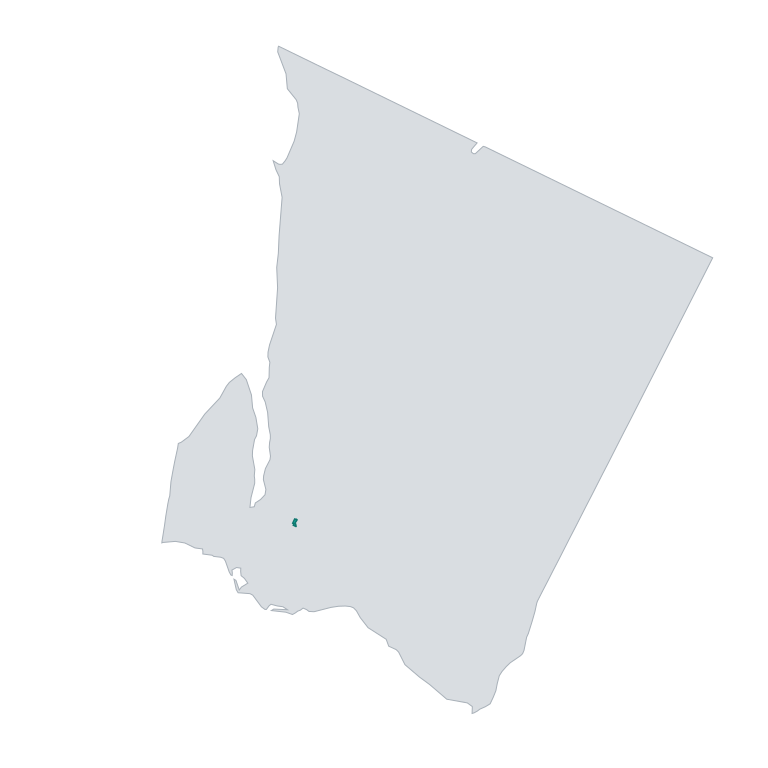 15 Mayu, Al Qahirah, Egypt shown in context, rotated 206°
{"feature_id": "37247803B58448533869188", "entity_name": "15 Mayu", "entity_type": "district", "adm_level": 2, "iso_a3": "EGY", "parent_name": "Egypt", "parent_adm1": "Al Qahirah", "projection": "equal_earth", "projection_center": [31.348, 29.853], "detail": "fine", "context": "in_parent", "style": "filled", "palette": "teal", "viewbox_px": 768, "rotation_deg": 206, "n_neighbors": 0, "source": "geoboundaries", "source_scale": "gbopen_adm2", "svg_char_len": 4025}
<svg xmlns="http://www.w3.org/2000/svg" viewBox="0 0 768 768"><g transform="rotate(206 384 384)"><path d="M626.8,641.4L613.5,641.4L600.2,641.4L586.8,641.4L573.5,641.4L560.2,641.5L546.9,641.5L533.5,641.5L520.2,641.5L506.9,641.5L493.6,641.5L480.2,641.5L466.9,641.5L453.6,641.5L440.3,641.5L426.9,641.5L413.6,641.5L406.0,641.5L407.3,636.6L408.1,633.2L407.2,630.8L404.6,630.2L402.9,631.0L399.0,641.1L396.9,641.5L392.1,641.5L376.6,641.5L361.1,641.5L345.6,641.5L330.1,641.5L314.6,641.5L299.0,641.5L283.5,641.5L268.0,641.5L252.5,641.5L237.0,641.5L221.5,641.5L206.0,641.5L190.4,641.5L174.9,641.5L159.4,641.5L143.9,641.5L144.1,629.3L144.3,617.0L144.5,604.8L144.7,592.6L144.9,580.5L145.1,568.3L145.3,556.1L145.5,544.0L145.7,531.8L145.9,519.7L146.1,507.6L146.3,495.5L146.5,483.4L146.7,471.3L146.9,459.2L147.2,447.2L147.4,435.1L147.6,423.1L147.8,411.1L148.1,399.1L148.3,387.1L148.5,375.1L148.8,363.1L149.0,351.1L149.2,339.2L149.5,327.3L149.7,315.4L149.9,303.5L150.2,291.6L150.4,279.7L150.7,267.8L150.9,256.0L150.6,253.8L148.6,245.7L146.8,235.5L144.9,223.0L144.8,218.9L141.4,206.0L141.2,202.4L142.1,199.8L148.3,188.9L150.2,183.7L151.9,177.4L152.5,172.3L150.9,164.4L149.0,157.4L148.5,150.2L148.4,143.1L151.5,138.3L155.3,133.8L156.7,131.0L158.9,127.9L160.4,126.5L163.2,132.8L169.3,133.9L189.4,128.2L211.3,133.9L223.5,136.1L242.1,140.9L253.4,149.5L256.6,150.6L264.8,150.4L270.1,155.5L291.5,158.0L302.9,163.6L309.4,168.1L313.3,169.5L316.7,169.2L321.4,167.5L327.3,164.4L333.7,160.0L347.0,148.7L351.7,146.7L354.7,147.3L358.5,147.1L360.0,144.1L362.0,142.0L363.2,139.6L365.2,136.7L372.1,135.9L385.9,131.0L384.4,133.4L371.8,138.8L377.2,139.5L382.7,137.7L389.0,136.5L390.1,134.1L390.9,129.8L392.1,129.2L396.5,130.0L409.4,136.7L412.6,136.8L421.7,133.2L423.6,132.4L426.6,134.4L433.3,142.8L431.0,142.6L423.8,135.4L423.1,139.0L419.1,145.3L424.2,148.1L428.4,149.1L430.6,152.6L432.0,155.7L436.1,154.4L439.1,150.1L437.5,147.7L436.5,145.3L437.8,145.2L440.7,147.2L448.9,155.3L451.7,157.0L454.9,156.7L461.5,154.4L463.3,154.8L472.3,151.8L473.3,154.0L474.8,156.2L482.0,153.8L493.3,153.8L502.5,151.1L513.2,144.7L514.0,143.8L514.6,145.3L515.9,149.7L519.3,160.8L522.2,169.6L525.8,181.7L527.0,186.3L527.5,189.5L532.7,202.9L535.8,213.9L538.2,222.8L541.4,235.9L542.8,240.4L540.7,242.8L536.3,251.3L531.9,278.4L525.4,299.5L524.7,312.8L523.7,317.6L520.5,324.4L516.7,331.0L509.7,327.6L498.3,316.0L491.6,304.9L484.5,297.8L477.8,288.4L475.9,281.6L476.0,277.3L473.0,266.7L470.8,261.7L462.6,250.5L460.3,244.5L458.5,241.8L456.7,238.1L453.7,223.5L450.4,214.3L446.8,216.8L447.5,220.7L444.3,226.1L442.4,232.3L443.9,237.4L450.5,245.2L451.9,248.6L453.5,256.0L453.3,266.0L454.4,269.4L459.4,276.8L461.2,281.3L462.2,285.1L463.9,288.5L468.9,295.1L476.1,307.4L482.9,315.8L487.8,319.8L489.9,323.9L490.4,334.4L490.1,339.3L494.4,348.7L496.1,353.5L500.2,357.4L502.2,361.8L504.0,369.0L506.8,390.4L510.4,395.7L521.8,423.8L531.5,441.7L536.2,455.0L543.3,471.3L557.4,507.1L565.7,518.2L569.0,524.4L575.0,529.2L581.5,536.1L575.3,535.4L573.8,535.8L571.7,537.0L570.7,541.2L570.3,544.7L571.2,562.9L573.0,572.2L578.6,589.8L582.7,595.1L584.7,598.5L587.5,601.0L600.3,607.0L608.0,619.8L625.1,635.9L626.8,640.4L626.8,641.4Z" fill="#d9dde1" stroke="#a8b0b8" stroke-width="1"/><path d="M403.7,224.0L403.7,223.5L403.9,223.5L404.1,223.5L404.3,223.5L404.5,223.5L404.9,223.5L405.1,223.5L405.1,221.4L405.0,218.8L404.8,218.8L404.6,218.8L404.4,218.8L404.2,218.8L403.8,218.8L403.6,218.8L403.6,217.3L402.4,217.3L402.0,217.3L401.7,217.3L401.4,217.3L401.2,217.3L400.9,217.3L400.7,217.3L400.6,217.5L400.8,217.7L400.9,217.8L401.0,217.9L401.0,218.0L401.1,218.3L401.3,218.4L401.4,218.5L401.5,218.6L401.6,218.8L401.7,219.0L401.8,219.0L401.9,219.3L402.0,219.3L402.2,219.5L402.3,219.5L402.5,219.6L402.7,219.8L402.8,219.8L403.0,220.0L403.1,220.3L403.1,220.5L403.0,220.8L402.9,220.9L402.9,221.0L402.9,221.3L402.9,221.6L402.8,221.8L402.8,222.1L402.7,222.3L402.7,222.5L402.6,222.9L402.6,223.1L402.6,223.3L402.6,223.5L402.6,223.8L402.8,223.9L403.1,224.0L403.7,224.0Z" fill="#14b8a6" stroke="#0f766e" stroke-width="1.5"/></g></svg>